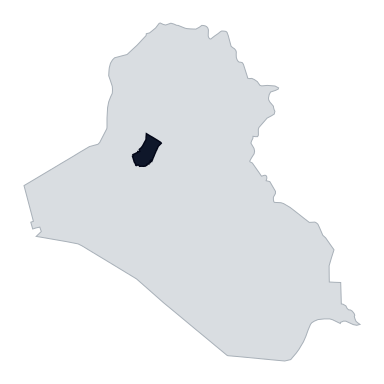 Haditha, Al-Anbar, Iraq shown in context
{"feature_id": "34846034B75041723835254", "entity_name": "Haditha", "entity_type": "district", "adm_level": 2, "iso_a3": "IRQ", "parent_name": "Iraq", "parent_adm1": "Al-Anbar", "projection": "robinson", "projection_center": [42.343, 34.245], "detail": "fine", "context": "in_parent", "style": "filled", "palette": "ink", "viewbox_px": 384, "rotation_deg": 0, "n_neighbors": 0, "source": "geoboundaries", "source_scale": "gbopen_adm2", "svg_char_len": 4043}
<svg xmlns="http://www.w3.org/2000/svg" viewBox="0 0 384 384"><path d="M146.3,33.7L149.6,32.9L155.6,28.0L159.1,23.4L160.2,23.0L163.4,24.5L165.7,25.0L170.9,23.2L174.0,24.1L176.6,25.3L178.1,25.4L185.1,28.2L186.9,28.6L190.5,28.9L195.9,29.1L199.4,27.2L201.8,25.4L203.5,25.5L205.2,25.9L206.6,26.6L207.8,28.0L208.4,29.9L208.2,36.0L208.7,37.6L209.7,38.8L210.9,39.0L212.4,37.7L214.9,35.8L218.1,33.6L220.4,31.7L221.7,31.0L223.9,31.1L225.9,31.4L227.1,32.4L227.1,32.7L228.2,35.5L231.1,46.3L232.7,47.6L234.5,48.8L235.8,50.4L236.3,52.0L236.2,54.5L236.3,57.4L237.0,59.6L238.1,61.3L239.1,62.1L240.5,62.2L242.2,62.6L243.4,64.3L247.3,76.5L247.6,78.1L249.2,78.6L251.8,78.4L254.4,79.6L257.3,81.6L259.9,85.3L261.7,85.9L267.3,85.4L275.0,86.0L278.6,87.9L278.2,89.1L275.5,90.4L270.6,92.0L269.2,94.6L268.5,98.0L268.7,99.9L269.9,102.1L273.4,106.2L273.6,107.8L274.2,109.9L274.9,111.3L274.2,114.1L271.1,116.0L267.1,118.1L258.9,127.5L258.3,129.5L258.4,135.1L257.6,136.6L255.0,136.6L253.0,136.3L252.9,138.3L251.6,140.9L250.9,143.1L254.0,148.4L254.6,151.2L254.1,153.8L251.3,158.2L249.7,161.2L250.1,161.9L252.3,163.0L259.2,172.8L261.5,176.2L264.3,175.3L265.4,175.3L266.3,175.9L266.8,177.0L266.8,178.5L266.1,180.7L269.8,181.6L271.1,183.8L275.5,191.4L275.4,193.6L273.4,197.2L273.4,199.6L273.8,201.7L274.5,202.4L280.9,202.7L283.6,203.6L290.2,207.5L297.8,213.4L304.0,218.3L309.3,222.4L314.9,222.1L316.4,222.9L317.9,224.2L319.5,227.6L322.8,235.3L325.6,237.8L329.9,244.0L334.0,249.8L331.5,257.6L329.1,265.8L329.2,276.4L329.3,282.0L334.7,282.3L340.7,282.5L340.9,289.3L341.1,296.1L341.3,303.9L343.0,304.2L345.9,305.9L347.1,308.4L348.6,309.8L350.5,310.0L352.3,311.2L354.1,313.5L354.8,315.2L354.3,316.3L354.8,318.4L356.0,321.3L357.6,322.7L360.0,324.4L356.8,325.3L353.3,324.6L345.9,321.2L343.6,321.1L340.5,322.4L340.3,323.5L332.5,319.7L329.7,318.9L328.7,318.9L324.3,318.9L317.9,319.6L314.2,321.2L311.7,322.8L310.5,324.4L310.1,325.3L308.1,330.0L305.9,336.2L303.5,341.7L298.9,349.4L296.3,353.0L290.7,359.6L284.7,361.0L270.6,359.7L255.0,358.2L239.4,356.7L227.9,355.7L227.0,355.3L215.5,345.8L206.5,338.3L195.2,329.0L183.7,319.4L172.0,309.7L163.5,302.7L153.2,293.6L143.9,285.4L136.5,278.9L127.1,273.2L119.7,268.7L109.0,262.2L100.4,257.0L93.1,252.6L81.9,245.8L78.1,243.9L66.4,241.6L55.3,239.7L43.9,237.7L36.2,236.4L41.3,231.5L39.8,227.1L36.1,227.9L32.7,229.0L30.8,222.2L33.4,221.3L31.1,212.5L28.7,203.4L26.4,194.6L24.0,185.6L33.8,179.8L41.0,175.5L51.2,169.4L60.9,163.6L70.2,158.1L80.4,151.9L89.6,146.5L97.9,144.3L99.7,142.5L103.5,135.1L106.8,128.7L107.0,127.2L107.0,118.2L107.6,107.6L108.7,101.9L110.6,96.9L112.3,93.3L112.5,89.9L112.3,86.4L110.6,81.2L108.7,75.7L109.0,70.5L109.3,67.7L110.5,63.2L112.5,59.9L114.6,57.8L122.5,55.7L127.1,54.5L133.4,48.6L137.1,45.2L142.2,39.7L146.0,35.7L146.3,34.3L146.3,33.7Z" fill="#d9dde1" stroke="#a8b0b8" stroke-width="1"/><path d="M135.9,165.4L136.6,165.5L137.2,165.0L137.8,165.1L138.6,165.0L139.1,165.5L139.6,166.3L140.8,166.2L141.8,166.2L142.4,166.2L143.2,166.3L144.1,166.2L145.2,166.1L146.2,165.5L146.9,165.2L147.2,164.1L148.9,164.0L149.1,163.0L150.2,162.6L150.2,161.3L151.0,161.6L151.5,161.3L151.3,160.7L151.3,160.2L151.6,160.4L151.9,160.9L152.1,160.4L152.4,159.9L152.9,158.4L153.4,157.3L153.9,156.2L154.5,154.6L155.1,153.2L155.6,152.1L156.0,151.0L156.6,150.0L157.2,148.6L157.8,147.3L158.2,146.3L158.7,145.8L159.2,145.3L159.6,144.9L160.4,144.1L161.3,143.2L161.2,143.0L160.4,142.2L158.8,141.2L157.3,140.2L156.4,139.7L155.8,139.3L154.3,138.4L152.2,137.1L150.9,136.4L149.7,135.7L148.7,135.1L147.9,134.6L147.1,134.1L146.4,133.7L146.3,135.2L146.2,136.3L146.1,137.7L146.1,139.4L145.6,140.4L145.2,141.2L144.4,142.5L144.0,143.4L143.5,144.3L143.1,145.0L142.9,145.5L142.4,146.2L141.3,147.7L140.6,148.3L139.3,149.4L139.6,150.7L139.8,151.4L139.1,151.6L138.3,151.7L137.8,151.6L137.9,152.3L137.0,152.7L136.2,153.1L135.2,153.6L134.4,154.0L133.6,154.3L132.9,154.7L133.4,155.6L132.5,156.2L132.8,157.1L133.2,158.3L133.5,159.4L133.9,160.5L134.1,161.5L134.5,162.4L134.9,163.0L135.5,163.6L135.6,164.7L135.9,165.4Z" fill="#0f172a" stroke="#020617" stroke-width="1.5"/></svg>